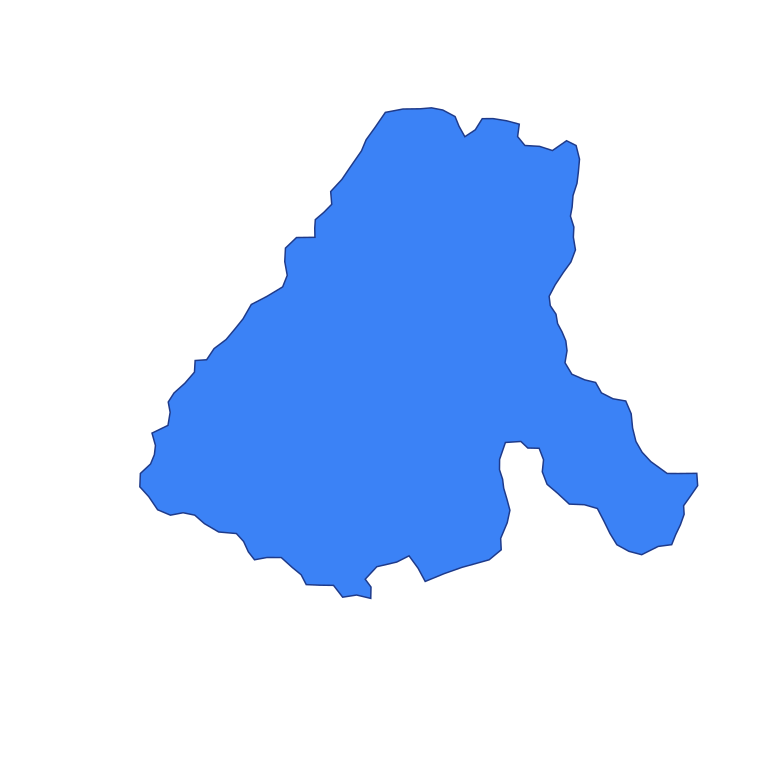 Doresópolis, Minas Gerais, Brazil (Equal Earth projection), rotated 249°
{"feature_id": "56859067B32134422354476", "entity_name": "Doresópolis", "entity_type": "district", "adm_level": 2, "iso_a3": "BRA", "parent_name": "Brazil", "parent_adm1": "Minas Gerais", "projection": "equal_earth", "projection_center": [-45.895, -20.285], "detail": "fine", "context": "isolated", "style": "filled", "palette": "blue", "viewbox_px": 768, "rotation_deg": 249, "n_neighbors": 0, "source": "geoboundaries", "source_scale": "gbopen_adm2", "svg_char_len": 2043}
<svg xmlns="http://www.w3.org/2000/svg" viewBox="0 0 768 768"><g transform="rotate(249 384 384)"><path d="M130.9,595.0L138.7,602.2L146.4,610.3L154.8,617.5L163.0,620.1L169.4,629.7L176.7,640.4L188.5,644.0L194.9,626.8L199.0,616.3L206.4,611.5L215.9,605.3L227.8,600.5L240.1,598.6L253.8,600.3L267.6,604.1L281.5,603.6L288.2,592.4L297.8,583.8L309.6,582.1L316.0,572.8L325.8,562.9L339.0,560.6L349.5,566.8L359.1,569.2L368.8,568.9L378.2,567.7L387.5,569.6L397.6,567.3L406.7,569.6L415.3,579.4L424.0,591.6L430.9,602.2L440.6,610.8L453.2,613.4L462.5,617.5L473.9,618.2L481.7,623.0L492.2,628.0L502.2,636.1L512.2,641.4L523.8,647.1L537.8,648.8L545.7,641.6L541.6,624.9L550.1,614.4L556.2,601.0L567.1,597.4L578.1,603.4L585.8,592.8L592.7,580.9L596.5,570.8L588.6,560.3L585.9,548.1L597.7,546.4L608.2,546.2L618.7,537.1L624.8,527.3L628.0,516.3L633.9,500.3L637.1,482.6L626.9,467.8L618.4,454.8L609.7,446.5L597.9,429.2L590.1,418.0L582.8,403.2L570.5,399.6L565.8,389.3L562.1,378.8L554.3,375.2L545.7,372.1L552.1,354.8L546.2,340.7L533.8,335.2L520.1,332.6L511.0,324.2L507.8,306.3L505.8,288.6L495.3,275.7L488.9,264.7L482.1,252.5L478.0,238.1L470.2,227.1L473.6,216.1L463.0,211.3L456.1,198.4L450.9,184.8L444.5,176.1L434.2,174.2L422.8,167.5L421.3,149.8L408.5,148.6L400.3,144.3L393.0,137.4L387.8,124.5L375.5,119.2L363.2,124.0L347.7,127.6L338.1,137.6L335.8,150.3L329.4,160.3L318.0,166.3L305.1,176.6L297.3,192.6L287.3,196.5L275.9,197.2L266.3,200.1L264.0,212.5L258.8,225.9L245.6,232.6L235.6,238.3L224.6,239.5L219.1,252.2L214.1,264.7L199.8,269.0L196.8,282.8L188.6,294.8L199.1,299.1L208.5,296.5L216.0,311.8L213.2,332.1L214.6,345.8L199.8,349.8L184.9,351.7L185.4,372.1L184.9,391.0L183.4,406.5L182.2,419.2L187.2,434.0L198.1,437.6L210.3,449.3L221.0,456.3L232.4,457.5L243.8,458.4L252.6,460.6L262.6,461.1L272.2,464.9L285.9,476.4L281.3,491.2L272.7,495.3L268.4,505.8L256.1,505.8L245.3,500.3L231.9,500.3L219.6,507.0L205.5,513.9L199.5,527.8L191.3,538.6L177.0,540.2L163.5,541.4L150.5,543.8L140.0,552.7L132.3,563.4L134.1,581.8L130.9,595.0Z" fill="#3b82f6" stroke="#1e3a8a" stroke-width="1.5"/></g></svg>